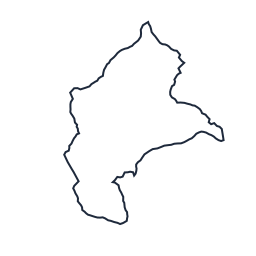 outline of Álvares Florence, São Paulo, Brazil, rotated 54°
{"feature_id": "56859067B7861185161013", "entity_name": "Álvares Florence", "entity_type": "district", "adm_level": 2, "iso_a3": "BRA", "parent_name": "Brazil", "parent_adm1": "São Paulo", "projection": "mercator", "projection_center": [-49.909, -20.294], "detail": "fine", "context": "isolated", "style": "outline", "palette": "slate", "viewbox_px": 256, "rotation_deg": 54, "n_neighbors": 0, "source": "geoboundaries", "source_scale": "gbopen_adm2", "svg_char_len": 2560}
<svg xmlns="http://www.w3.org/2000/svg" viewBox="0 0 256 256"><g transform="rotate(54 128 128)"><path d="M194.0,57.8L190.9,56.2L183.9,52.7L180.8,53.2L178.6,54.9L174.7,55.4L173.8,58.5L170.8,59.3L168.8,56.8L165.4,57.3L162.8,57.4L159.6,59.4L157.1,58.8L154.9,58.8L152.0,59.7L149.1,60.9L147.6,62.5L145.7,63.6L143.0,65.9L140.9,67.5L138.3,70.5L136.4,73.3L134.0,73.0L132.1,73.1L129.0,74.5L126.0,74.3L123.6,72.7L122.1,71.0L120.0,67.8L120.2,65.3L118.1,62.6L116.1,62.0L114.1,57.2L113.9,55.1L114.3,53.0L109.4,52.1L109.0,49.9L108.3,44.2L105.5,45.1L100.9,45.4L99.4,42.8L94.2,43.1L92.3,45.1L89.4,46.6L86.1,47.0L84.1,47.7L82.3,48.8L80.4,50.9L78.0,52.0L75.9,52.1L72.5,52.1L69.8,52.1L67.3,52.4L64.3,52.5L61.2,51.1L58.6,50.2L56.2,50.1L54.1,49.4L53.6,55.5L56.0,59.9L59.1,61.8L61.6,64.0L63.2,68.4L63.3,70.6L63.4,73.7L64.0,76.4L63.5,78.6L63.2,81.2L62.0,84.0L61.2,87.1L61.0,89.4L61.2,92.5L62.0,95.4L62.5,98.0L62.8,102.3L64.2,105.2L64.1,107.4L65.8,110.8L66.8,113.1L68.8,115.5L71.1,117.7L70.7,119.7L70.6,122.5L71.7,125.1L71.3,127.1L71.2,129.3L71.0,131.8L71.7,134.7L70.3,139.3L68.8,143.8L66.1,145.4L64.2,148.2L64.8,151.0L65.4,154.0L72.0,155.5L73.4,159.0L74.9,160.6L77.1,162.2L79.1,163.5L81.2,165.3L83.0,165.6L85.4,165.6L88.8,165.9L92.4,167.7L95.5,167.3L96.8,168.8L99.0,169.0L101.2,170.3L103.6,170.8L103.0,173.2L104.0,175.4L104.6,177.7L106.1,180.7L107.4,182.9L108.0,186.1L109.7,187.2L111.5,189.3L110.8,192.6L112.1,195.3L120.1,196.8L127.9,197.6L131.7,197.9L142.1,199.3L143.2,205.5L144.6,207.8L147.3,208.2L149.9,208.9L153.5,209.2L155.5,209.8L157.8,211.7L160.2,211.6L163.0,211.4L165.2,211.8L167.5,213.2L170.2,212.3L172.4,212.0L174.7,211.3L176.3,210.0L178.4,208.5L180.7,206.8L182.5,205.3L184.2,203.1L185.4,201.0L187.5,199.7L191.0,198.3L193.0,196.5L196.0,194.4L198.6,192.2L201.0,190.9L202.0,187.7L202.4,183.6L200.6,181.9L199.2,180.3L197.2,179.3L195.5,178.2L193.0,178.2L190.2,177.3L186.3,175.0L184.2,174.8L180.9,172.3L178.4,171.9L176.1,171.4L173.6,171.2L171.3,170.5L168.8,169.3L164.4,170.7L162.9,172.1L162.5,169.2L161.3,165.4L163.4,163.3L164.2,160.9L162.0,156.8L163.7,154.2L164.6,152.0L166.8,149.9L170.1,151.0L169.4,148.7L167.5,146.4L165.8,144.9L164.0,144.1L162.3,142.8L161.5,140.1L161.5,136.9L160.4,134.1L159.0,130.2L159.1,127.3L159.2,124.3L159.6,120.4L161.8,116.2L162.9,112.0L163.6,109.0L165.3,105.9L167.0,102.9L167.9,99.9L169.5,97.2L171.6,94.1L172.5,90.8L172.9,87.9L173.2,85.0L173.8,82.5L173.5,79.2L172.8,76.1L173.3,73.1L174.0,70.8L175.5,69.2L177.6,67.5L180.7,66.1L182.8,64.7L185.4,63.6L188.0,63.1L191.0,61.9L193.3,60.3L194.0,57.8Z" fill="none" stroke="#1e293b" stroke-width="2"/></g></svg>